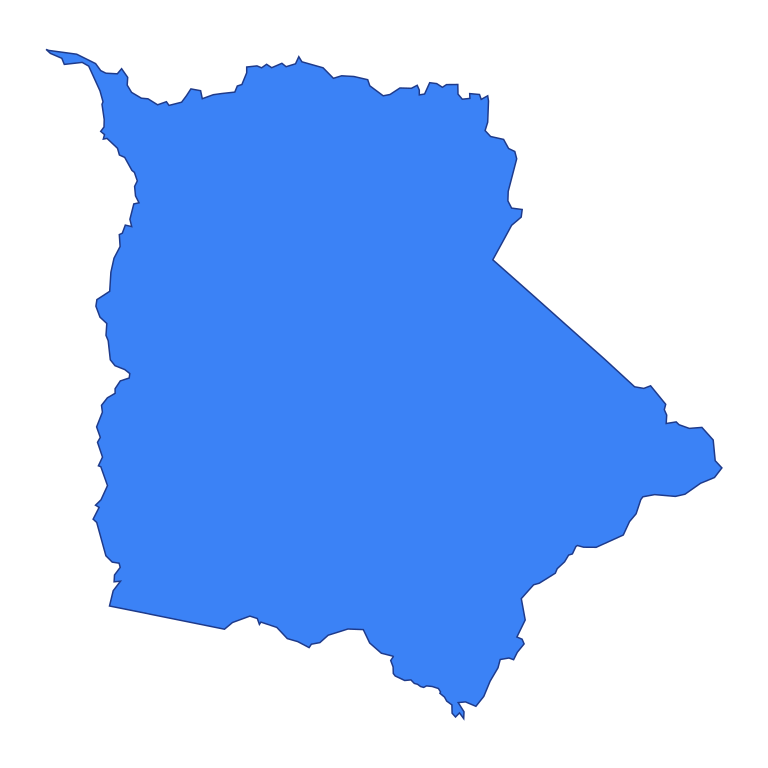 Coamo, Puerto Rico (Robinson projection)
{"feature_id": "32010507B26629522791293", "entity_name": "Coamo", "entity_type": "district", "adm_level": 2, "iso_a3": "PRI", "parent_name": "Puerto Rico", "parent_adm1": "", "projection": "robinson", "projection_center": [-66.366, 18.096], "detail": "fine", "context": "isolated", "style": "filled", "palette": "blue", "viewbox_px": 768, "rotation_deg": 0, "n_neighbors": 0, "source": "geoboundaries", "source_scale": "gbopen_adm2", "svg_char_len": 3000}
<svg xmlns="http://www.w3.org/2000/svg" viewBox="0 0 768 768"><path d="M301.9,61.8L298.8,56.7L295.5,63.8L286.1,66.7L281.9,63.3L271.7,67.7L266.6,64.3L261.6,67.8L257.0,65.9L246.7,67.0L246.7,72.8L241.9,84.5L237.3,86.0L234.8,92.1L222.0,93.5L213.3,94.7L202.3,98.7L200.6,90.7L190.9,88.9L186.4,95.8L181.6,102.2L169.0,105.4L166.4,101.7L157.6,104.8L148.0,98.8L141.4,98.2L131.6,92.4L127.2,85.1L127.7,77.4L121.6,68.7L117.3,73.8L105.9,73.2L100.7,70.6L95.6,63.6L76.7,54.2L48.7,50.4L46.1,49.4L50.4,53.4L61.8,58.3L64.3,64.4L82.2,62.4L88.7,66.1L100.0,90.9L103.0,101.8L102.0,104.3L104.2,119.5L104.0,127.0L100.7,131.4L104.5,134.6L103.3,139.1L107.0,138.4L117.5,148.3L119.4,155.0L124.7,157.4L131.9,170.4L134.4,172.4L137.3,180.9L134.6,186.4L135.5,195.9L139.0,202.8L133.8,203.9L129.9,219.3L131.7,226.6L125.3,225.1L122.3,233.2L119.3,234.6L120.1,246.5L114.0,258.2L110.9,272.2L109.7,291.3L96.9,299.6L95.9,306.2L100.0,317.2L106.8,323.5L106.0,335.4L108.2,340.7L110.3,359.8L115.0,365.7L124.8,369.6L129.8,373.6L129.2,378.0L120.3,380.9L115.1,388.7L115.1,393.3L107.4,397.8L101.5,405.3L102.4,412.2L96.6,426.9L100.3,437.4L97.5,442.3L102.5,457.1L98.4,465.8L100.8,466.7L107.5,485.6L101.0,499.8L95.5,505.2L99.1,507.4L93.1,519.2L96.7,522.4L105.9,555.8L112.2,562.1L119.1,563.2L120.2,567.4L114.5,575.0L114.1,581.8L120.5,581.2L113.2,590.7L109.5,606.0L224.5,629.2L232.5,622.5L249.9,616.1L257.3,618.5L259.4,624.4L260.9,622.1L276.8,627.4L287.3,638.6L297.7,641.6L309.1,647.6L311.4,644.2L319.9,642.6L328.2,635.2L347.9,629.0L363.3,629.6L369.7,643.0L381.3,653.2L393.0,656.2L393.3,656.7L390.7,660.5L393.1,666.9L393.3,673.5L395.2,676.0L404.7,680.5L410.9,679.9L414.3,683.4L417.6,684.3L420.5,686.5L423.7,687.4L426.5,685.9L432.2,686.5L438.4,688.5L440.5,691.9L439.9,693.3L444.5,697.1L446.7,701.1L451.9,704.9L452.1,713.2L455.5,717.0L459.5,712.9L463.7,718.6L464.0,711.8L458.2,702.6L465.5,701.9L475.9,706.3L483.8,696.4L490.1,681.2L498.0,667.8L500.2,659.5L509.0,658.0L513.6,659.7L517.3,652.3L524.1,643.9L522.1,639.2L516.9,637.0L525.2,620.0L521.3,598.6L533.6,584.8L539.3,583.2L555.3,573.2L557.2,568.7L564.6,561.8L568.6,555.1L572.4,553.9L575.9,546.5L577.4,545.5L583.6,547.2L596.2,547.3L623.3,535.0L629.5,521.6L636.1,513.8L640.8,499.6L642.9,496.8L654.6,494.6L675.4,496.4L685.0,494.2L700.5,483.3L714.5,477.5L721.9,467.9L715.2,460.7L713.2,440.0L701.9,427.4L689.3,428.4L679.0,424.7L676.2,421.9L666.2,423.5L666.7,415.1L664.3,409.7L665.7,404.3L650.6,385.8L643.8,388.4L634.6,386.8L604.2,358.8L586.6,343.2L529.5,292.3L492.8,259.8L503.2,240.8L511.6,225.3L521.2,217.1L522.2,209.5L511.6,208.1L507.9,200.9L508.2,191.4L516.7,158.8L514.8,151.5L508.6,148.5L503.6,139.4L490.6,136.5L485.1,130.6L487.7,122.2L488.5,101.0L487.7,95.8L481.2,99.4L479.5,94.5L469.7,93.6L469.9,98.4L462.3,99.2L458.0,94.1L457.8,84.5L446.5,84.6L442.4,87.3L436.7,83.6L429.7,82.7L424.6,94.0L419.3,94.9L419.3,90.1L417.2,85.3L411.4,88.3L399.9,88.0L390.0,94.5L383.2,95.8L369.8,85.8L367.7,79.7L353.9,76.5L341.6,75.8L333.4,78.3L323.1,67.8L301.9,61.8Z" fill="#3b82f6" stroke="#1e3a8a" stroke-width="1.5"/></svg>